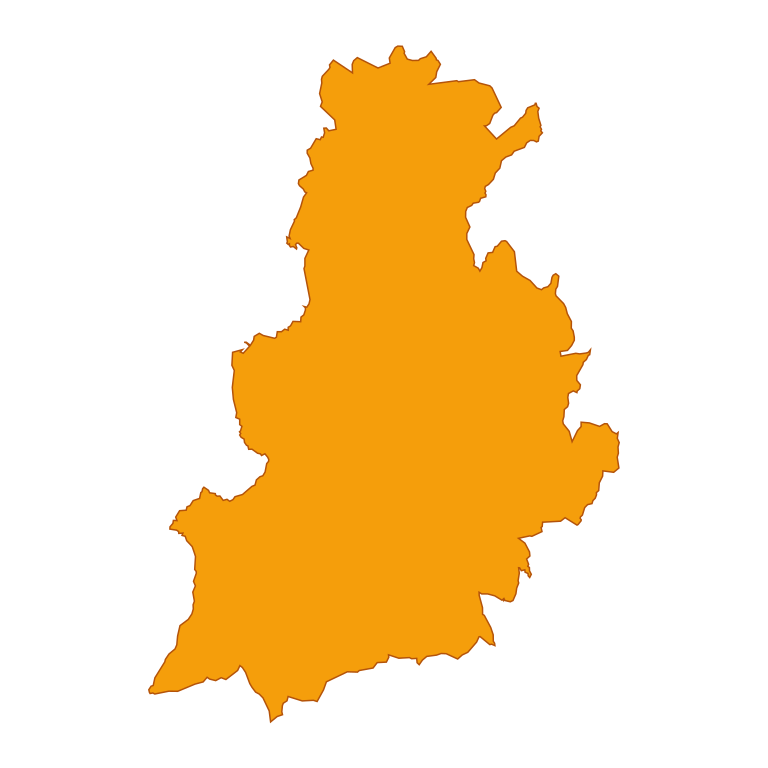 Nicolás Flores, Hidalgo, Mexico (Equal Earth projection)
{"feature_id": "50627088B6273778185161", "entity_name": "Nicolás Flores", "entity_type": "district", "adm_level": 2, "iso_a3": "MEX", "parent_name": "Mexico", "parent_adm1": "Hidalgo", "projection": "equal_earth", "projection_center": [-99.171, 20.795], "detail": "fine", "context": "isolated", "style": "filled", "palette": "amber", "viewbox_px": 768, "rotation_deg": 0, "n_neighbors": 0, "source": "geoboundaries", "source_scale": "gbopen_adm2", "svg_char_len": 6081}
<svg xmlns="http://www.w3.org/2000/svg" viewBox="0 0 768 768"><path d="M618.9,468.0L617.2,457.2L618.4,453.2L618.0,447.0L619.2,442.6L617.3,438.4L618.1,432.5L616.4,433.9L612.1,431.6L607.2,423.8L604.5,423.7L599.6,426.4L589.3,422.9L581.1,422.2L581.1,426.6L577.5,430.6L572.1,441.7L569.2,431.3L563.3,423.9L562.7,420.8L563.9,416.7L564.3,409.5L567.6,406.7L568.6,403.3L567.8,397.4L568.5,393.5L573.3,390.9L576.9,392.6L577.2,391.0L579.8,388.7L580.4,384.8L576.8,380.4L576.7,375.6L582.9,364.7L583.3,362.3L586.4,359.5L588.3,355.4L589.7,354.7L590.4,349.8L588.4,352.3L586.3,353.0L579.7,353.9L575.8,353.3L561.0,356.2L560.1,351.5L567.5,350.4L571.6,345.5L574.3,340.3L574.3,337.2L573.1,330.9L571.3,328.2L571.4,321.5L567.3,313.7L565.7,307.5L563.6,303.6L556.0,295.8L555.4,293.6L555.8,289.2L557.5,286.4L558.8,276.2L555.8,273.7L553.2,275.2L552.0,277.3L550.9,283.3L547.9,286.7L543.7,287.9L541.5,289.7L536.9,288.0L530.1,280.5L522.5,276.2L516.7,271.2L514.4,251.7L506.6,241.5L505.0,240.7L501.5,241.2L497.3,246.2L495.1,246.7L492.6,252.4L488.1,252.9L485.7,258.4L486.1,260.8L483.0,262.5L481.9,267.7L479.9,271.1L478.3,268.2L473.7,265.6L474.5,262.6L473.7,258.8L474.0,254.6L466.8,239.5L466.8,233.5L469.9,227.0L465.6,217.3L465.7,211.4L467.3,207.5L471.7,205.4L473.2,203.2L478.4,202.3L479.5,201.5L480.6,198.3L485.8,196.8L486.0,194.8L485.0,193.1L485.8,191.3L484.7,188.6L485.3,186.4L488.5,184.5L493.4,179.3L495.3,173.0L499.8,168.2L501.5,160.7L505.9,157.0L511.6,154.9L514.2,151.2L524.4,147.4L526.7,142.8L530.3,140.4L533.8,140.5L536.5,141.9L538.3,141.1L539.1,136.3L542.4,132.8L540.8,130.8L541.5,129.3L540.1,126.8L540.9,125.4L538.7,118.2L537.8,111.4L539.1,108.2L537.0,106.5L536.1,103.3L535.3,103.3L534.8,104.9L527.7,107.8L526.1,110.4L525.7,113.3L522.5,117.2L520.5,118.1L514.2,125.8L510.7,127.3L496.5,139.0L484.5,125.9L486.5,125.7L489.7,123.5L492.9,115.2L494.6,113.2L496.6,112.6L501.2,107.4L492.0,87.9L489.8,85.8L479.0,83.0L474.5,79.7L458.4,81.7L456.8,80.7L428.8,84.3L435.8,77.5L436.7,71.8L440.4,64.3L438.0,60.5L436.4,59.8L436.1,58.2L431.1,51.3L426.3,56.8L420.3,58.7L418.5,60.4L412.4,60.5L407.3,59.1L404.1,53.3L404.6,51.7L402.3,46.3L397.8,46.1L395.2,47.6L389.3,58.0L390.1,63.2L378.0,68.0L357.3,57.6L353.7,60.7L352.2,64.4L352.5,72.9L333.4,60.1L329.5,64.9L330.0,67.4L328.9,69.2L322.3,76.3L321.5,79.3L321.8,83.0L319.6,93.6L322.2,101.9L320.5,106.4L334.7,119.9L336.1,129.3L328.8,130.8L326.3,128.0L323.8,128.2L324.6,132.8L323.2,137.3L321.5,137.0L320.2,139.7L316.2,138.7L310.6,148.2L307.2,150.2L307.2,153.2L309.9,158.0L310.9,163.6L313.1,168.3L313.0,170.2L308.4,171.5L306.4,175.4L298.9,180.0L298.4,183.6L299.5,185.7L303.3,189.0L304.8,191.9L306.6,192.8L303.5,197.1L300.7,206.9L296.3,217.8L294.2,219.7L294.5,221.1L290.4,229.7L289.1,236.0L290.1,238.5L286.7,236.9L287.4,242.1L286.8,243.1L288.2,244.4L289.4,243.8L289.4,245.4L290.5,247.0L293.3,246.5L296.5,249.0L296.8,247.8L295.5,244.6L296.9,243.1L298.4,243.2L303.8,248.4L308.8,250.0L304.9,258.4L304.9,266.0L304.0,268.6L310.0,299.6L309.0,303.9L306.8,307.2L304.1,306.5L305.4,307.8L305.4,310.1L303.8,314.9L301.0,317.1L300.7,321.7L293.0,321.4L290.5,325.9L288.2,327.3L288.2,330.2L284.7,329.2L281.5,331.7L277.3,331.7L276.4,337.2L274.7,338.3L263.2,335.5L259.3,333.3L254.2,336.4L253.6,340.2L250.4,345.3L246.2,342.2L244.2,342.2L246.4,342.9L249.6,346.2L243.2,353.3L240.3,351.9L242.5,349.6L232.6,352.3L231.9,365.3L234.3,370.5L232.3,387.4L233.4,399.4L236.7,412.7L235.8,417.5L239.7,419.2L239.7,424.6L241.9,426.3L240.5,430.9L239.5,431.8L240.7,433.5L239.7,435.0L241.1,437.3L244.1,439.1L244.5,442.4L246.5,445.3L247.9,445.9L248.7,449.3L252.0,449.2L257.5,453.2L260.5,453.9L261.5,455.5L264.9,453.8L267.7,457.2L268.7,459.4L268.6,461.3L266.7,463.6L265.1,472.0L262.8,475.8L260.0,476.7L256.4,479.9L255.0,485.1L251.9,486.4L242.5,494.5L235.0,496.7L233.0,499.6L229.7,501.3L227.0,499.3L223.2,500.4L219.9,496.0L217.2,496.2L215.5,495.0L215.3,493.6L209.6,492.8L208.5,490.3L203.9,487.2L202.6,488.7L202.0,491.7L200.8,492.6L199.6,498.4L193.2,500.6L190.0,505.6L187.0,506.8L186.2,510.2L179.6,510.7L175.7,517.1L177.0,520.6L173.4,520.4L172.9,523.4L170.0,526.8L169.9,529.1L176.7,530.2L178.6,531.6L178.8,533.4L182.9,533.1L182.0,535.4L185.2,536.3L186.7,540.7L192.2,546.6L194.1,552.1L195.5,556.5L194.7,569.5L196.2,571.4L196.3,573.3L193.5,581.3L195.4,585.9L192.8,592.1L194.4,601.2L193.1,604.8L193.3,609.0L191.9,613.9L188.3,619.4L180.0,625.6L177.6,636.0L176.8,644.8L175.0,649.0L169.0,654.0L165.4,659.4L164.8,661.9L154.9,677.8L153.2,685.5L151.1,686.2L148.8,689.7L149.4,692.3L150.1,693.5L152.8,693.0L154.8,694.0L168.8,691.2L177.7,691.3L195.0,684.1L203.2,681.9L207.1,677.3L209.7,679.1L215.7,680.6L221.1,677.7L225.9,679.5L237.6,670.5L239.9,665.6L242.4,667.5L245.6,672.4L249.8,683.6L252.0,687.3L255.6,692.1L259.3,694.1L263.0,697.9L269.2,710.9L270.6,721.9L277.2,716.5L282.5,714.7L281.8,711.8L282.4,705.6L283.3,703.2L287.0,700.8L288.1,696.5L302.2,700.9L313.4,700.3L317.1,701.5L323.5,689.9L326.4,681.8L347.3,671.8L357.5,672.1L359.3,670.5L373.1,668.0L377.2,662.6L386.4,662.1L388.8,657.2L388.5,654.8L398.8,658.2L409.5,657.6L411.6,658.7L416.7,658.4L417.1,662.7L419.2,664.7L422.4,660.1L426.8,656.4L436.6,655.1L441.1,653.5L446.2,653.7L457.7,659.0L462.3,654.9L467.8,652.3L476.6,642.1L479.0,636.8L480.1,636.6L489.8,644.6L491.6,644.2L494.9,645.6L494.6,643.3L493.3,641.2L493.2,634.8L490.7,627.4L484.3,615.4L482.6,614.3L482.5,607.6L479.2,595.4L479.1,592.3L481.7,593.9L487.6,593.9L494.7,595.8L502.0,600.2L503.1,599.2L503.6,600.3L504.1,598.9L504.9,600.5L510.3,601.8L513.0,600.5L515.9,593.8L516.7,588.1L518.7,583.0L518.1,580.7L519.3,573.1L518.6,567.7L519.6,567.8L521.3,570.7L524.8,569.8L525.1,572.2L528.0,573.5L528.2,575.8L529.7,577.5L531.3,574.3L529.5,570.8L529.4,567.5L527.8,566.3L528.6,564.3L526.6,559.0L529.9,556.0L529.5,551.9L524.9,543.1L518.5,538.3L529.7,535.9L531.9,536.3L542.0,531.6L541.1,527.4L542.2,526.6L542.6,522.2L560.6,521.2L565.1,517.7L577.0,525.1L578.1,524.5L581.1,520.8L581.2,519.7L580.1,518.3L580.4,517.0L582.4,515.1L584.7,507.6L587.6,504.6L592.0,503.6L592.9,500.6L595.2,498.3L596.5,494.9L596.4,492.6L598.7,490.6L599.3,482.8L602.6,476.2L602.9,470.9L613.7,472.3L618.9,468.0Z" fill="#f59e0b" stroke="#b45309" stroke-width="1.5"/></svg>